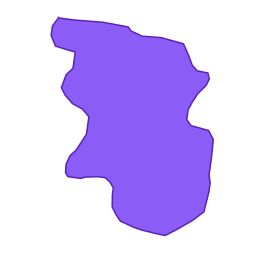 Rosoman, Robinson projection, rotated 278°
{"feature_id": "MKD-2907", "entity_name": "Rosoman", "entity_type": "Statistical Region", "adm_level": 1, "iso_a3": "MKD", "parent_name": "North Macedonia", "parent_adm1": "", "projection": "robinson", "projection_center": [21.9, 41.493], "detail": "fine", "context": "isolated", "style": "filled", "palette": "violet", "viewbox_px": 256, "rotation_deg": 278, "n_neighbors": 0, "source": "natural_earth", "source_scale": "10m", "svg_char_len": 909}
<svg xmlns="http://www.w3.org/2000/svg" viewBox="0 0 256 256"><g transform="rotate(278 128 128)"><path d="M26.8,179.9L27.0,174.1L28.8,156.0L30.5,147.2L34.1,135.5L34.7,133.4L41.3,127.6L47.7,123.3L60.1,121.8L66.7,121.8L72.1,117.5L75.6,112.4L75.6,105.1L73.3,92.0L71.5,88.4L71.5,81.9L71.5,75.3L75.0,72.4L83.4,71.7L92.8,74.6L98.8,79.7L116.0,87.7L133.7,87.7L140.3,80.4L144.5,69.5L151.5,61.5L158.7,56.4L172.3,59.4L179.4,65.2L187.7,65.2L196.0,65.2L196.6,59.4L199.0,44.8L209.0,39.0L218.6,39.0L227.7,43.9L227.4,44.1L227.4,58.6L229.2,88.4L228.1,113.8L228.2,114.0L224.5,117.5L220.9,129.1L222.1,148.0L219.1,171.2L207.3,178.5L199.0,182.9L194.2,188.7L193.6,199.5L187.8,201.7L181.2,199.5L171.7,192.3L162.2,187.9L154.5,185.0L144.5,185.0L139.1,190.1L136.7,208.2L128.4,214.1L110.6,214.8L92.8,214.8L85.1,217.0L76.2,217.0L55.5,214.8L45.3,204.6L33.5,189.4L26.8,179.9Z" fill="#8b5cf6" stroke="#5b21b6" stroke-width="1.5"/></g></svg>